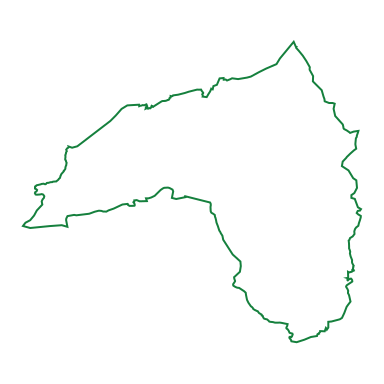 the district of Bygland nor, Aust-Agder, Norway
{"feature_id": "86288312B73251107165471", "entity_name": "Bygland nor", "entity_type": "district", "adm_level": 2, "iso_a3": "NOR", "parent_name": "Norway", "parent_adm1": "Aust-Agder", "projection": "mercator", "projection_center": [7.603, 58.872], "detail": "fine", "context": "isolated", "style": "outline", "palette": "green", "viewbox_px": 384, "rotation_deg": 0, "n_neighbors": 0, "source": "geoboundaries", "source_scale": "gbopen_adm2", "svg_char_len": 5934}
<svg xmlns="http://www.w3.org/2000/svg" viewBox="0 0 384 384"><path d="M293.7,41.8L279.9,58.5L276.5,64.1L266.1,68.6L258.9,72.2L250.8,76.6L247.0,77.6L238.1,79.1L232.1,78.3L230.1,79.3L227.0,80.5L225.7,79.5L223.7,79.7L223.6,78.0L219.6,78.4L216.9,84.8L213.4,86.1L212.7,89.4L211.6,89.2L211.2,88.8L210.1,91.5L208.6,93.8L206.7,97.1L202.7,96.6L202.9,96.1L202.9,95.9L202.6,95.1L202.3,94.6L202.2,94.3L202.3,94.1L203.1,93.4L203.2,92.8L201.6,90.7L201.1,89.6L198.7,89.7L197.1,89.6L188.8,91.7L184.8,93.0L178.1,94.7L173.0,95.4L172.5,96.1L171.4,96.2L170.6,96.0L170.6,97.4L170.2,97.5L169.7,97.9L169.7,98.2L169.4,98.4L169.2,99.4L168.5,99.9L167.5,100.0L167.0,100.4L165.5,100.9L165.0,100.8L164.4,101.0L162.8,101.0L161.7,101.3L153.2,106.7L153.1,106.9L152.6,106.9L152.3,106.7L152.3,106.1L152.2,106.0L151.7,106.0L151.6,105.9L151.4,106.2L151.3,106.9L151.0,107.6L150.3,108.3L149.3,108.1L149.1,108.3L148.0,108.7L147.9,108.6L147.9,108.2L147.7,107.9L147.1,107.8L146.4,108.4L145.7,108.7L145.9,108.1L145.8,107.7L146.0,107.4L146.1,106.9L146.7,106.3L147.0,106.6L147.2,106.4L147.2,106.1L147.0,105.8L146.7,105.9L146.8,105.6L146.6,105.4L146.6,105.0L146.3,104.9L146.5,104.7L146.5,104.4L146.4,104.3L144.2,105.3L142.7,105.1L141.4,105.6L140.4,105.7L139.2,106.2L139.0,104.7L127.3,105.4L121.6,108.9L115.6,115.7L110.3,121.0L77.3,146.3L72.1,147.7L68.6,146.5L68.7,146.8L68.6,147.2L68.4,147.6L67.2,148.3L66.2,149.7L66.8,151.2L66.1,152.3L66.0,152.7L66.0,153.2L65.9,153.6L65.6,154.3L65.5,154.5L65.6,154.9L65.3,155.5L65.5,157.0L65.3,158.0L65.2,159.5L65.4,160.0L65.8,160.3L66.1,161.7L66.6,162.7L66.5,163.5L66.3,164.1L66.3,165.0L65.7,166.4L65.4,167.6L65.4,168.4L65.2,169.1L64.4,170.2L63.8,170.7L63.9,171.1L63.3,171.9L62.1,173.2L61.2,174.3L60.8,175.4L60.4,176.1L60.4,176.5L59.9,178.0L58.8,178.9L58.6,179.4L57.9,180.1L56.7,181.0L56.4,181.4L53.6,181.6L52.9,181.7L52.3,182.1L50.5,182.2L48.2,182.9L47.1,182.9L46.8,183.0L45.8,184.1L45.6,184.2L44.9,184.2L43.6,183.7L41.3,184.0L40.9,184.3L36.6,185.3L36.0,185.8L35.8,186.3L35.1,186.5L35.0,187.0L35.0,188.6L36.4,189.3L37.1,190.0L36.8,190.9L36.2,191.6L35.2,192.2L34.9,193.1L35.6,194.5L36.1,194.6L37.0,194.7L39.8,194.5L41.8,194.1L43.2,194.6L44.3,196.2L43.9,197.9L42.6,199.4L41.7,201.4L42.3,204.6L36.8,210.5L34.1,215.5L30.2,220.2L25.5,222.7L23.7,225.0L23.0,226.0L30.2,228.0L49.5,226.1L61.8,225.2L67.4,226.8L66.1,220.0L66.3,218.5L67.5,216.1L74.1,214.9L76.4,215.3L88.7,213.8L89.3,213.7L94.8,211.7L98.4,210.8L99.0,210.7L101.4,210.9L103.1,211.5L106.4,211.6L108.5,210.4L113.7,208.6L122.4,204.5L127.6,203.9L127.9,204.2L127.9,204.8L129.5,205.9L134.2,205.8L134.6,205.6L134.7,205.3L134.7,204.8L134.6,204.1L134.3,203.4L133.7,202.6L133.4,202.2L133.6,201.9L134.2,201.8L134.4,201.1L134.3,200.4L136.7,200.1L139.6,201.3L146.9,201.1L146.0,198.3L148.5,198.3L151.2,197.5L154.7,195.8L160.6,190.0L162.9,188.4L164.2,187.8L168.0,187.6L169.5,188.0L172.5,189.6L173.2,191.4L171.9,197.9L176.2,199.0L185.7,197.1L185.7,196.7L184.9,196.6L184.9,196.3L185.0,196.2L210.1,202.5L210.7,203.8L210.8,205.1L210.5,207.0L210.7,211.2L211.2,212.5L212.1,213.2L213.1,213.7L214.8,215.0L215.0,216.8L215.4,217.6L216.0,219.9L216.5,222.6L217.9,226.2L219.3,230.6L220.1,231.7L220.9,233.4L222.4,235.7L223.2,239.7L232.7,254.5L240.4,261.5L240.8,266.1L239.9,271.8L234.1,277.2L234.3,278.7L235.1,281.0L235.0,281.4L233.2,284.1L233.1,284.9L233.4,285.7L235.5,287.0L237.2,287.7L239.1,287.9L244.1,291.2L245.7,292.7L246.0,294.9L247.0,299.8L248.4,302.7L250.9,306.3L251.9,307.0L252.7,307.8L253.3,309.0L255.2,310.2L255.7,310.3L256.4,310.8L257.7,311.2L258.9,312.9L259.7,313.5L260.9,314.1L261.4,314.6L261.7,314.7L261.7,315.5L262.8,316.0L263.0,316.8L263.3,317.6L264.2,318.7L266.1,319.2L266.9,319.3L268.5,320.6L269.2,321.5L270.1,321.8L273.0,322.1L274.8,322.6L276.1,322.7L279.8,322.6L281.2,322.8L287.6,324.1L287.2,325.9L286.5,327.3L286.3,328.0L286.7,328.7L287.6,329.2L288.7,330.8L289.5,332.7L289.8,332.9L292.4,333.6L292.7,334.4L292.0,336.3L291.4,337.1L290.6,336.8L289.9,336.8L289.4,337.2L289.4,337.9L291.0,340.0L291.4,341.3L296.6,342.2L304.4,339.7L310.9,337.0L317.0,336.0L317.5,334.2L318.4,333.7L318.7,333.9L318.9,333.8L318.7,333.4L319.3,332.7L319.8,332.4L320.2,331.4L320.2,331.1L324.7,331.3L325.9,327.9L326.4,328.5L326.9,329.6L328.3,327.6L328.3,321.8L331.5,321.5L339.1,319.5L340.0,319.2L342.0,317.9L344.3,313.0L346.6,306.9L347.7,305.3L350.5,301.6L349.1,295.4L348.7,294.4L348.0,293.2L348.0,292.1L348.2,290.9L347.6,289.3L346.2,287.0L346.1,286.5L346.6,285.5L347.0,285.1L352.1,281.7L352.3,281.5L352.3,281.2L352.1,280.0L351.7,279.5L351.6,279.2L351.0,278.6L350.3,278.7L349.7,279.1L349.0,279.1L348.5,279.4L348.4,279.5L348.4,279.8L348.1,280.1L347.8,280.4L347.5,280.2L347.4,279.9L347.5,279.6L347.5,278.9L347.4,278.1L347.1,278.0L348.2,277.8L348.0,271.8L348.9,272.3L349.7,272.4L350.1,272.1L351.7,271.8L352.0,271.6L352.3,271.0L353.2,270.9L353.8,270.6L353.6,270.3L353.6,269.8L353.4,269.5L352.6,269.4L353.0,268.8L353.0,267.9L353.3,267.4L353.2,266.3L353.7,265.8L352.3,263.3L352.0,262.1L352.1,260.1L350.6,256.3L349.9,253.3L350.2,252.0L350.2,251.6L349.6,249.6L349.1,248.5L349.1,246.3L349.0,243.4L348.7,240.5L349.4,239.9L350.0,238.1L352.7,236.4L354.5,234.0L354.3,231.4L355.0,229.1L356.1,227.5L358.3,225.8L358.9,223.2L359.9,220.3L360.7,217.5L360.8,216.9L360.8,215.9L358.2,214.4L356.7,213.0L357.7,211.0L358.8,210.7L360.0,210.6L361.0,209.1L357.9,207.3L354.8,198.9L351.4,197.9L351.4,195.1L354.3,193.1L357.0,187.9L356.3,180.3L353.2,178.2L348.5,170.4L341.9,166.1L342.7,161.6L346.2,157.9L346.8,157.0L350.4,153.5L353.9,150.4L356.2,148.7L355.4,144.6L355.4,143.6L355.9,138.3L356.7,137.0L356.9,135.5L358.0,132.4L358.4,130.9L353.7,131.6L350.1,132.9L349.6,132.4L346.7,130.4L344.2,129.1L343.6,128.4L343.5,128.0L343.3,126.6L342.8,124.5L335.2,116.0L333.6,108.8L334.7,103.7L332.6,103.0L329.1,103.0L324.7,101.3L324.4,98.9L323.6,96.8L321.7,90.2L312.9,81.4L313.1,76.1L309.7,69.9L309.6,69.1L309.8,67.2L306.3,61.0L302.8,55.7L298.8,50.8L296.2,47.9L296.2,47.2L296.4,46.9L295.8,46.7L295.7,46.4L293.7,41.8Z" fill="none" stroke="#15803d" stroke-width="2"/></svg>